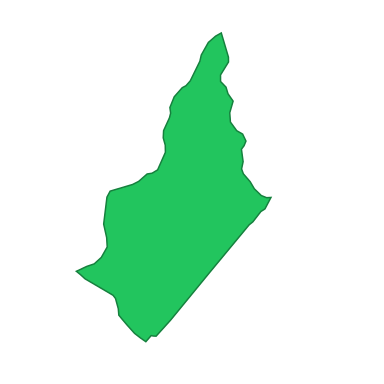 outline of Río Blanco, San Marcos, Guatemala, rotated 29°
{"feature_id": "79465075B55305987595848", "entity_name": "Río Blanco", "entity_type": "district", "adm_level": 2, "iso_a3": "GTM", "parent_name": "Guatemala", "parent_adm1": "San Marcos", "projection": "mercator", "projection_center": [-91.688, 15.047], "detail": "fine", "context": "isolated", "style": "filled", "palette": "green", "viewbox_px": 384, "rotation_deg": 29, "n_neighbors": 0, "source": "geoboundaries", "source_scale": "gbopen_adm2", "svg_char_len": 1032}
<svg xmlns="http://www.w3.org/2000/svg" viewBox="0 0 384 384"><g transform="rotate(29 192 192)"><path d="M140.5,38.7L137.1,44.2L133.8,53.2L133.7,67.7L135.5,73.8L136.6,95.7L135.2,102.0L132.9,105.5L130.3,117.3L131.7,128.8L135.1,133.4L136.3,138.0L137.4,152.1L140.6,158.6L145.9,164.0L149.5,170.2L151.2,189.3L148.0,194.9L144.0,198.0L140.2,208.6L136.4,214.2L120.0,230.9L120.1,237.7L130.3,262.9L139.5,273.3L144.5,281.2L144.4,293.2L141.3,302.3L136.1,308.0L129.3,317.4L134.3,318.3L140.5,319.8L173.0,320.6L176.7,322.2L184.1,329.8L187.7,335.2L192.5,337.1L199.9,339.9L210.3,343.5L218.2,344.7L224.2,345.3L225.9,337.4L228.0,336.7L230.5,335.5L235.4,314.4L246.5,253.6L257.9,193.0L259.7,188.6L261.7,175.7L264.0,171.4L263.7,158.5L260.0,160.8L254.3,161.5L245.0,159.0L237.9,154.8L228.1,151.2L224.2,147.8L222.0,140.7L214.5,130.6L215.1,126.3L214.5,121.3L208.2,116.8L201.4,116.7L191.7,112.2L186.6,104.4L183.9,92.6L175.8,88.6L170.9,83.8L163.4,81.5L160.2,75.8L160.9,60.6L158.5,56.4L140.5,38.7Z" fill="#22c55e" stroke="#15803d" stroke-width="1.5"/></g></svg>